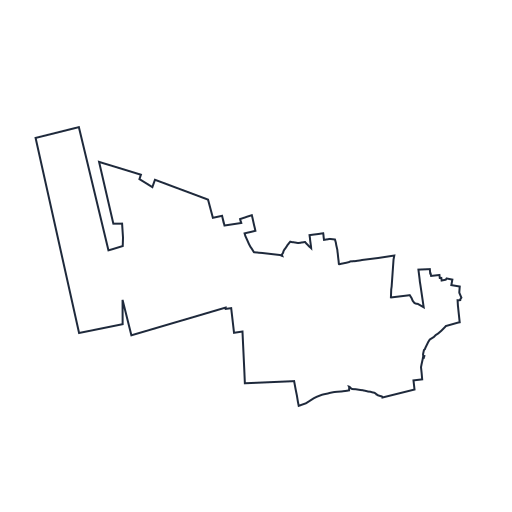 Halachó, Yucatán, Mexico (orthographic projection), rotated 346°
{"feature_id": "50627088B14474633080003", "entity_name": "Halachó", "entity_type": "district", "adm_level": 2, "iso_a3": "MEX", "parent_name": "Mexico", "parent_adm1": "Yucatán", "projection": "orthographic", "projection_center": [-90.126, 20.586], "detail": "fine", "context": "isolated", "style": "outline", "palette": "slate", "viewbox_px": 512, "rotation_deg": 346, "n_neighbors": 0, "source": "geoboundaries", "source_scale": "gbopen_adm2", "svg_char_len": 4302}
<svg xmlns="http://www.w3.org/2000/svg" viewBox="0 0 512 512"><g transform="rotate(346 256 256)"><path d="M439.0,359.5L439.8,353.9L439.8,353.6L440.9,347.7L441.8,348.0L443.5,348.2L443.8,347.4L445.2,346.1L444.4,341.0L444.5,340.3L446.3,334.9L438.5,331.5L440.8,326.4L435.5,323.9L434.4,324.9L430.2,324.7L430.3,323.9L430.5,322.1L429.5,321.9L429.0,321.8L429.4,318.8L421.1,317.7L421.2,315.2L420.8,315.1L421.5,310.8L410.3,308.5L409.1,318.4L408.8,320.4L408.7,321.5L408.5,323.9L406.3,346.3L404.2,344.3L404.1,344.2L401.4,341.6L399.8,341.0L398.4,340.0L397.2,337.4L396.8,334.6L395.7,331.2L393.0,330.9L377.1,328.9L376.9,328.8L379.1,321.2L380.2,318.5L388.6,292.7L389.0,291.8L390.3,289.0L374.1,287.5L359.4,285.7L358.7,285.6L358.4,285.6L357.5,285.5L356.5,285.5L354.3,285.3L352.8,285.1L352.2,285.1L350.4,284.9L349.9,284.7L349.6,284.7L349.0,284.5L348.9,284.5L348.2,284.5L347.0,284.2L346.5,284.1L346.0,284.1L345.4,284.3L344.7,284.4L344.2,284.4L343.5,284.4L342.9,284.4L341.5,284.4L340.4,284.3L339.8,284.3L337.5,284.2L337.0,284.1L336.9,284.1L336.4,284.2L334.7,284.1L334.5,283.9L334.6,283.0L334.9,281.0L335.1,279.5L335.1,279.2L335.3,277.9L335.3,277.7L335.9,273.5L336.1,271.6L336.4,269.7L336.5,264.8L336.7,262.4L336.6,259.1L334.5,258.3L331.8,257.3L331.0,257.2L329.0,257.1L328.9,257.1L328.7,257.0L326.9,256.9L325.9,256.8L326.0,255.8L326.2,254.0L326.5,252.1L326.7,250.2L323.9,249.9L323.4,249.9L320.6,249.6L317.5,249.2L315.7,249.0L313.9,248.8L313.0,248.7L312.9,249.5L312.8,250.4L312.7,251.4L312.6,252.3L312.4,253.3L312.3,254.2L312.2,255.1L312.1,256.1L312.0,257.0L311.9,257.9L311.8,258.9L311.7,259.8L311.4,261.7L311.1,261.2L310.7,260.7L310.2,260.0L310.1,259.9L309.9,259.6L308.9,257.8L308.4,256.9L308.2,256.7L307.9,256.2L307.8,255.9L307.2,254.8L307.0,254.3L306.4,254.2L306.2,254.2L305.5,254.2L305.0,254.1L304.7,254.1L303.9,254.0L303.5,253.9L303.0,253.9L302.1,253.9L301.8,253.9L301.4,253.8L300.9,253.7L300.4,253.7L299.2,253.3L298.2,252.8L297.5,252.5L297.3,252.4L296.8,252.2L296.5,252.1L296.1,251.9L295.7,251.7L294.6,251.4L293.4,250.8L292.7,250.4L291.6,251.2L291.0,251.6L290.1,252.4L289.8,252.5L289.3,252.9L288.2,254.0L286.2,255.8L286.0,256.0L285.8,256.1L285.2,256.5L284.1,257.7L283.7,258.2L283.4,258.8L283.1,259.4L281.3,261.0L281.5,262.3L280.7,261.8L280.3,261.3L279.9,261.0L262.3,254.4L260.1,253.7L259.2,253.4L258.3,253.0L258.1,252.9L257.4,252.7L256.5,252.4L255.6,252.1L254.9,251.8L254.1,249.3L253.6,247.7L252.9,246.0L252.5,244.5L252.0,242.4L251.5,239.4L250.8,235.6L250.5,233.9L250.4,231.3L253.1,231.3L256.6,231.4L259.5,231.4L261.5,231.4L261.6,228.1L261.6,225.4L261.7,221.8L261.8,218.2L261.8,216.8L261.8,215.4L258.6,215.6L256.8,215.7L255.9,215.8L255.0,215.9L254.1,216.0L253.2,216.0L252.3,216.1L251.3,216.2L250.4,216.2L249.5,216.3L249.5,218.2L249.7,219.6L249.7,220.1L249.7,220.4L232.8,218.8L232.8,214.0L232.7,214.1L232.8,208.8L232.7,208.8L226.2,208.6L223.4,208.5L223.1,189.7L176.4,157.6L172.1,164.1L161.5,153.2L164.0,149.3L134.6,131.6L129.9,128.8L126.5,126.7L125.4,190.1L133.9,192.2L131.4,206.0L129.1,214.1L117.8,214.7L114.2,214.8L115.3,88.1L70.7,88.1L65.7,287.9L110.1,289.9L115.9,266.3L115.9,302.8L214.1,298.7L213.8,300.0L219.3,300.6L216.1,325.2L224.6,326.0L217.0,364.1L214.4,376.8L262.0,386.5L262.7,386.6L262.6,388.4L262.2,394.9L261.9,401.5L261.4,407.5L261.2,411.7L268.8,411.0L277.7,408.0L280.9,407.3L286.4,406.6L288.3,406.6L292.5,406.8L294.4,406.7L296.9,406.8L298.8,406.9L301.5,407.3L306.6,408.2L308.0,408.3L310.9,408.7L311.4,408.7L312.0,408.8L312.7,408.8L313.8,408.9L314.7,406.0L314.6,405.3L315.2,405.7L315.8,406.9L316.9,408.2L318.1,408.7L320.3,409.3L322.4,410.2L324.5,411.1L325.7,411.6L327.0,412.0L328.2,412.7L328.8,412.9L329.9,413.5L330.1,413.6L330.7,413.9L331.2,414.2L332.1,414.7L334.0,415.3L336.0,416.5L336.9,416.9L337.9,417.4L339.1,418.8L339.4,419.6L339.8,419.8L340.1,419.9L340.5,420.6L342.5,421.8L342.9,422.1L343.1,422.1L344.1,422.7L344.3,422.9L344.6,423.3L344.5,423.9L377.5,423.9L377.9,420.9L378.7,414.8L387.4,415.9L388.4,409.6L389.2,403.8L390.6,400.8L392.8,396.4L393.4,395.0L394.1,395.4L394.6,394.4L394.8,394.4L395.1,393.8L394.1,393.4L394.3,391.8L394.8,390.7L396.2,387.9L397.5,387.1L397.8,386.6L398.1,386.1L402.4,381.0L404.4,379.1L409.0,377.6L411.2,376.2L413.9,375.3L417.7,373.4L420.8,371.5L422.3,370.6L423.2,369.9L435.7,369.5L435.8,369.5L437.6,369.6L439.0,359.5Z" fill="none" stroke="#1e293b" stroke-width="2"/></g></svg>